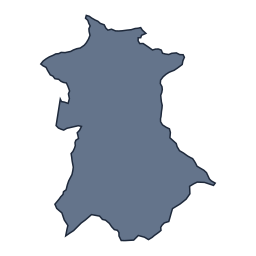 Princesa Isabel, Paraíba, Brazil (Mercator projection)
{"feature_id": "56859067B23626144557012", "entity_name": "Princesa Isabel", "entity_type": "district", "adm_level": 2, "iso_a3": "BRA", "parent_name": "Brazil", "parent_adm1": "Paraíba", "projection": "mercator", "projection_center": [-38.007, -7.646], "detail": "fine", "context": "isolated", "style": "filled", "palette": "slate", "viewbox_px": 256, "rotation_deg": 0, "n_neighbors": 0, "source": "geoboundaries", "source_scale": "gbopen_adm2", "svg_char_len": 2428}
<svg xmlns="http://www.w3.org/2000/svg" viewBox="0 0 256 256"><path d="M86.3,15.4L85.5,18.2L87.8,20.3L88.9,23.6L90.2,25.9L88.9,28.7L89.1,31.5L90.0,35.3L88.5,39.1L86.3,42.8L84.3,45.2L80.3,48.0L76.8,48.7L73.3,50.0L70.8,51.4L65.1,52.6L61.1,52.4L58.8,53.6L55.8,53.9L52.9,55.4L49.3,56.9L46.0,58.9L43.1,61.1L40.8,64.0L43.0,65.8L46.1,67.4L47.6,70.4L50.3,74.9L52.9,76.1L54.9,78.7L58.7,79.3L61.0,81.3L63.4,82.4L66.4,83.0L68.0,86.5L69.6,91.0L68.4,93.9L69.4,98.6L68.1,103.4L64.4,102.1L61.5,101.6L60.3,99.1L56.1,125.6L58.4,128.0L60.8,129.1L63.7,130.1L66.9,128.3L78.3,125.7L81.5,126.4L79.6,130.2L77.2,132.8L77.9,135.4L78.5,138.5L75.8,140.3L75.0,142.6L75.3,145.7L74.4,148.4L72.9,151.5L71.1,153.6L71.7,157.3L72.1,160.8L73.3,167.2L72.8,170.7L72.0,174.5L68.7,180.9L67.4,184.7L66.1,189.8L63.5,191.7L63.0,194.4L60.8,196.7L59.2,199.0L57.4,201.2L54.9,204.2L56.7,208.4L58.7,210.2L61.9,212.9L63.2,216.8L64.3,220.0L66.3,223.0L67.9,225.5L67.0,229.2L65.7,235.9L69.6,233.2L73.6,230.6L81.2,223.0L85.3,220.0L91.5,214.6L99.6,216.1L102.4,219.4L105.6,220.2L109.4,223.4L111.7,226.8L114.3,229.6L117.4,230.3L118.9,232.5L119.0,236.0L121.2,240.5L124.8,240.6L133.7,240.1L138.3,235.5L144.5,237.2L148.5,239.6L152.1,237.4L154.3,235.5L157.1,233.5L159.0,232.1L161.0,230.4L160.7,227.4L162.0,225.2L164.3,222.9L168.8,221.5L170.2,216.6L171.0,213.7L172.5,208.6L180.2,203.9L186.1,199.2L189.9,193.8L189.6,186.3L193.9,183.7L197.2,182.1L204.5,182.4L213.5,185.4L215.2,183.1L211.3,180.9L209.4,179.0L206.5,172.7L203.8,170.2L199.5,167.7L197.0,166.2L195.6,163.3L194.3,161.1L192.6,158.6L190.5,157.6L187.6,156.0L183.6,153.1L179.5,150.7L177.1,146.7L176.2,143.5L173.1,140.7L169.9,137.8L170.4,132.5L169.4,128.8L166.2,127.3L162.5,124.9L160.6,121.8L160.5,118.8L161.0,116.4L161.5,111.3L162.0,108.1L162.2,105.3L161.4,101.9L161.0,98.5L160.7,95.3L161.8,92.4L162.3,89.5L162.0,86.7L160.3,83.6L160.6,80.1L163.1,76.8L166.1,74.2L169.1,72.3L171.5,71.3L174.1,70.3L177.1,68.3L179.3,66.7L182.2,64.5L182.9,60.8L184.4,57.3L183.1,54.7L179.7,54.6L176.4,52.9L171.7,53.3L168.8,54.5L165.3,54.0L162.5,53.2L161.3,50.1L158.4,49.0L155.5,49.1L152.5,50.0L148.6,47.2L145.5,45.1L143.1,43.5L139.7,43.6L138.1,40.8L138.2,37.8L140.7,37.7L141.5,35.3L145.9,33.4L142.3,30.1L140.7,27.6L138.2,28.2L135.1,28.5L131.2,29.7L127.3,30.1L121.9,30.8L118.7,31.0L115.5,30.9L111.5,29.2L107.9,30.1L105.9,28.2L104.2,24.8L100.3,23.4L97.8,21.2L95.1,20.0L91.6,18.0L89.3,16.3L86.3,15.4Z" fill="#64748b" stroke="#1e293b" stroke-width="1.5"/></svg>